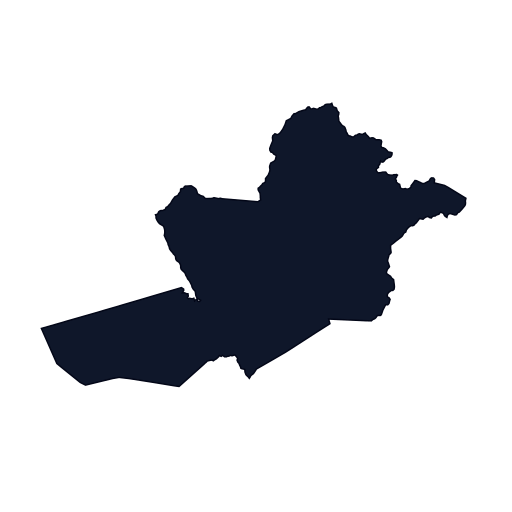 Codó, Maranhão, Brazil, rotated 194°
{"feature_id": "56859067B76723264051142", "entity_name": "Codó", "entity_type": "district", "adm_level": 2, "iso_a3": "BRA", "parent_name": "Brazil", "parent_adm1": "Maranhão", "projection": "mercator", "projection_center": [-43.953, -4.619], "detail": "fine", "context": "isolated", "style": "filled", "palette": "ink", "viewbox_px": 512, "rotation_deg": 194, "n_neighbors": 0, "source": "geoboundaries", "source_scale": "gbopen_adm2", "svg_char_len": 6027}
<svg xmlns="http://www.w3.org/2000/svg" viewBox="0 0 512 512"><g transform="rotate(194 256 256)"><path d="M423.2,103.5L418.4,101.2L401.8,93.5L396.0,90.8L390.2,89.5L365.4,102.5L359.5,105.1L349.5,106.4L326.0,108.5L304.0,110.3L299.1,110.8L298.3,112.0L280.2,138.6L279.5,139.8L278.7,140.8L277.9,142.3L275.4,143.6L273.7,144.3L272.0,144.0L271.2,145.1L269.6,146.6L268.7,148.0L267.8,149.4L267.5,150.6L265.5,150.2L264.5,151.5L262.0,150.6L260.2,151.1L259.3,151.9L258.1,152.2L257.1,153.3L255.1,153.4L253.9,154.1L252.7,154.9L251.0,153.9L249.0,152.3L249.2,150.4L247.9,148.6L246.5,147.7L245.5,146.2L244.2,144.7L243.5,143.4L242.3,143.2L241.0,143.3L239.4,143.2L238.6,140.7L237.0,138.4L235.9,137.7L234.1,136.7L232.9,135.7L232.4,137.2L232.2,138.3L231.6,139.4L230.6,140.5L230.0,141.4L229.4,143.0L228.6,145.2L228.3,146.4L214.9,159.3L203.8,170.1L195.5,178.9L179.4,196.1L167.9,208.2L170.3,212.4L140.7,218.4L134.2,219.7L128.4,221.0L127.3,222.6L125.7,223.8L124.7,225.3L124.3,226.7L123.4,227.8L120.7,228.5L120.2,229.7L119.8,234.3L119.2,236.8L118.7,239.0L118.4,240.1L116.4,240.5L115.5,242.1L115.5,244.9L115.4,246.4L116.9,247.7L118.4,248.0L119.0,249.0L119.2,250.9L118.5,252.7L116.5,255.2L114.9,255.7L114.0,257.2L114.2,259.5L114.8,261.3L116.8,266.4L118.9,267.3L120.6,268.9L122.4,269.5L124.5,270.3L125.4,271.1L125.5,273.0L125.2,275.0L124.3,276.8L123.9,277.9L125.8,281.0L126.9,282.5L127.3,283.9L127.3,285.3L127.2,287.8L127.2,289.4L126.0,291.1L125.8,292.3L127.2,295.8L128.0,298.9L127.1,300.1L125.7,301.8L123.9,304.3L123.0,305.4L121.8,306.9L121.1,307.8L120.0,309.1L118.9,310.8L118.5,312.2L118.2,313.4L117.6,314.5L116.5,315.5L116.4,317.7L115.7,319.2L114.9,320.7L113.1,322.9L111.2,323.3L109.9,324.5L109.5,325.8L108.6,326.8L106.4,331.9L102.8,332.1L101.9,333.5L100.6,334.9L98.4,336.1L97.2,335.3L95.1,335.3L94.5,336.7L93.8,337.5L91.8,338.2L90.9,339.4L89.9,340.0L88.6,340.8L88.2,341.9L87.7,343.1L85.6,343.0L84.3,342.6L83.3,341.3L82.1,340.3L80.1,339.6L80.1,341.7L79.3,343.4L77.6,344.2L72.9,343.9L71.5,344.6L71.0,345.9L70.6,347.0L69.4,347.8L67.6,351.0L66.4,353.5L65.6,355.2L65.3,356.4L65.5,358.1L66.2,360.1L66.3,362.8L86.0,369.0L90.2,370.1L100.7,370.1L101.0,371.9L101.2,373.4L102.6,374.6L104.5,374.3L105.4,373.4L106.2,370.6L107.4,369.6L108.5,368.7L109.3,367.9L110.1,367.2L111.4,366.7L112.8,366.7L114.2,367.1L116.2,367.4L118.4,367.9L120.0,367.7L121.6,363.7L122.5,361.8L122.3,360.5L123.5,358.5L125.7,357.3L127.3,357.6L129.8,356.5L132.2,356.8L133.2,358.8L134.0,360.3L135.4,360.5L136.4,361.0L137.8,361.7L138.1,363.2L139.5,364.6L138.8,366.3L138.7,367.6L138.3,368.7L139.3,369.1L140.4,368.6L142.0,368.2L143.0,367.5L144.5,367.1L146.4,366.9L147.9,366.9L149.1,367.7L150.4,368.8L153.5,368.0L154.9,367.2L157.6,366.2L159.2,367.2L160.0,368.2L160.3,369.3L159.7,370.3L158.6,371.6L159.1,373.3L158.2,374.6L158.1,376.0L158.2,377.2L158.0,378.4L156.9,377.6L155.6,377.8L154.7,378.9L154.2,380.1L153.5,381.5L152.4,382.3L151.5,383.5L150.4,384.0L149.4,384.6L148.9,385.7L148.6,387.1L148.9,389.0L150.1,389.2L151.6,389.1L152.8,388.9L154.2,389.9L156.4,391.3L158.4,391.8L160.3,391.7L161.4,393.0L161.6,395.3L161.7,397.3L162.6,398.6L164.5,398.6L166.1,398.2L167.8,397.8L169.4,398.6L171.0,399.0L172.2,398.7L174.3,397.7L175.7,398.9L177.2,399.8L178.5,400.5L179.8,401.8L180.8,401.0L181.8,399.9L183.3,399.6L185.3,399.6L186.4,398.9L187.1,397.9L188.8,397.1L190.2,395.0L192.1,394.8L193.3,395.2L194.7,395.1L196.2,395.7L197.3,397.2L198.5,398.2L199.3,400.0L200.9,402.3L202.1,403.0L203.6,403.3L205.0,404.2L206.0,405.1L208.2,406.8L208.9,408.8L209.5,410.4L210.1,411.5L210.0,413.5L210.3,415.2L212.3,416.5L213.8,419.0L215.3,419.3L217.2,419.3L218.4,420.9L219.4,422.5L220.3,421.6L221.4,421.1L222.8,420.8L224.7,420.1L225.6,419.4L226.5,417.8L228.0,416.8L229.1,415.6L230.3,415.2L231.0,413.9L232.4,413.1L235.9,413.2L238.1,411.8L239.2,412.5L240.4,413.5L241.6,413.2L242.7,411.4L243.1,409.9L245.2,408.9L249.2,406.5L252.2,403.6L253.5,403.3L254.9,400.5L255.5,397.9L258.1,395.6L259.3,394.6L259.6,390.5L260.7,385.5L262.2,381.6L263.8,379.4L264.9,378.9L267.2,379.2L268.8,376.7L268.7,374.8L267.6,371.8L268.3,367.4L268.7,363.7L268.1,361.9L266.6,360.4L265.2,360.5L263.3,359.1L261.1,358.6L260.5,357.6L260.5,353.9L261.1,352.6L264.2,349.7L264.5,346.5L264.2,345.2L263.4,343.3L263.2,341.7L263.3,340.2L263.5,339.0L263.8,337.1L264.4,336.0L264.9,334.8L265.5,333.5L265.0,331.6L264.9,330.0L265.7,329.0L267.0,328.0L267.5,326.4L268.5,324.9L269.2,323.5L270.3,322.3L269.9,320.7L267.2,317.8L266.3,315.2L266.0,313.9L265.0,311.4L266.2,310.3L267.2,309.1L302.4,303.4L304.7,303.4L306.2,302.6L310.9,302.4L312.3,301.4L314.0,300.8L317.1,300.0L319.0,299.5L321.7,301.1L324.2,301.2L327.9,302.3L328.8,304.0L329.7,305.4L330.7,306.5L331.9,307.1L334.4,308.0L335.6,308.4L336.7,308.2L339.4,307.3L341.6,306.7L342.4,305.6L342.6,304.1L344.5,303.4L345.3,302.7L344.9,300.2L346.0,297.7L346.4,296.0L347.7,294.8L349.0,293.8L349.7,292.2L350.6,290.1L350.9,289.0L351.6,286.4L352.7,284.6L353.6,282.6L355.0,281.4L355.4,279.1L356.5,278.4L357.3,277.6L359.3,277.1L360.5,276.2L361.1,275.3L361.6,272.8L363.5,271.7L362.6,270.4L362.2,268.7L360.9,267.0L359.2,265.3L357.4,264.0L355.1,263.3L353.4,262.8L352.5,262.0L351.3,260.0L350.7,258.6L350.2,256.8L350.0,255.1L350.0,253.8L348.9,252.4L347.5,250.6L346.2,249.1L344.7,247.4L344.0,245.8L342.6,244.1L341.6,242.1L340.2,240.8L339.1,240.0L337.6,239.0L336.6,238.0L335.2,237.3L334.0,236.1L333.6,235.0L333.2,233.8L332.0,232.4L330.5,231.8L329.4,231.4L328.4,230.7L327.1,229.1L326.6,228.0L326.4,226.9L325.6,225.3L323.8,224.0L322.7,223.5L321.5,222.8L320.4,221.9L319.5,220.4L318.5,219.4L317.7,218.6L316.8,217.3L315.6,216.5L314.4,215.6L312.9,213.9L311.2,211.9L310.6,210.5L308.8,208.6L306.4,207.0L304.8,203.1L303.0,200.8L301.1,200.3L299.0,199.7L299.7,198.2L301.6,198.0L302.3,199.2L303.5,199.4L304.7,197.5L306.1,200.0L307.5,199.0L310.2,198.9L311.2,198.1L312.4,198.8L312.0,200.7L312.9,202.9L314.3,202.6L316.4,203.0L318.6,202.4L317.8,205.2L318.2,206.4L319.5,206.9L320.7,207.3L347.3,191.7L356.6,186.2L373.7,176.2L378.2,173.5L389.6,166.9L395.8,163.2L424.1,146.9L427.6,144.8L446.7,133.8L423.2,103.5Z" fill="#0f172a" stroke="#020617" stroke-width="1.5"/></g></svg>